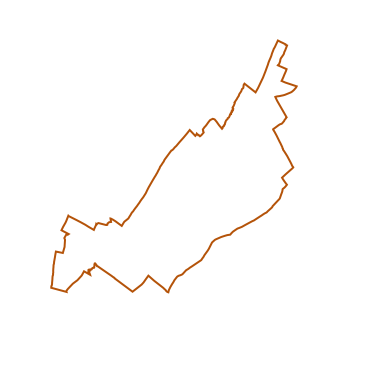 the district of Gagesti, Vaslui, Romania, rotated 48°
{"feature_id": "2599482B9369925227758", "entity_name": "Gagesti", "entity_type": "district", "adm_level": 2, "iso_a3": "ROU", "parent_name": "Romania", "parent_adm1": "Vaslui", "projection": "orthographic", "projection_center": [27.986, 46.331], "detail": "fine", "context": "isolated", "style": "outline", "palette": "amber", "viewbox_px": 384, "rotation_deg": 48, "n_neighbors": 0, "source": "geoboundaries", "source_scale": "gbopen_adm2", "svg_char_len": 5890}
<svg xmlns="http://www.w3.org/2000/svg" viewBox="0 0 384 384"><g transform="rotate(48 192 192)"><path d="M169.0,360.7L182.3,352.1L181.7,351.8L181.5,351.6L181.3,350.8L181.0,349.2L180.4,342.0L180.5,340.6L180.9,336.2L180.3,330.0L180.0,329.0L178.7,325.3L185.4,323.1L184.8,322.8L184.2,322.7L183.8,322.5L183.1,322.2L182.8,321.9L182.7,321.9L182.7,322.2L182.5,322.4L182.4,322.5L182.2,322.5L181.9,322.4L181.7,322.1L181.5,321.4L181.3,321.2L180.8,321.3L180.6,321.1L180.6,320.8L180.8,320.5L181.0,320.6L181.3,320.1L182.0,320.4L182.2,320.2L182.3,320.0L182.2,319.7L181.6,319.5L181.5,319.3L182.3,318.2L182.1,317.7L181.9,317.1L181.9,316.8L182.2,316.1L182.5,315.8L182.7,315.7L182.6,315.1L182.1,314.8L181.8,314.3L181.5,313.8L180.7,313.2L180.4,312.7L180.0,312.1L180.1,311.8L180.9,311.7L181.5,311.9L182.7,311.9L183.1,312.2L183.3,312.2L183.5,312.2L183.7,311.9L191.3,310.1L200.5,307.9L202.1,307.6L203.9,307.1L204.3,307.3L226.3,302.9L226.7,297.1L227.1,291.3L226.8,288.5L225.9,284.6L225.0,280.4L232.7,279.5L244.0,277.5L245.9,277.4L246.9,277.2L248.4,277.4L249.3,277.3L249.8,277.2L250.7,276.7L249.4,274.8L248.2,271.8L247.7,270.3L246.9,267.7L246.7,266.7L246.0,264.7L245.8,264.2L245.1,260.4L245.0,259.5L245.3,258.0L246.0,256.5L246.6,254.8L246.7,253.8L246.2,248.7L246.7,246.1L246.8,244.4L247.2,242.0L248.8,230.7L248.3,228.8L247.9,226.8L247.3,225.2L246.1,219.6L245.5,217.5L243.0,211.1L242.9,210.5L242.9,207.1L243.0,206.5L243.4,205.2L245.0,200.4L246.5,197.0L247.6,194.7L249.3,192.1L249.2,191.4L249.0,190.5L249.0,189.7L248.9,188.8L248.9,187.9L249.0,187.3L249.1,186.3L249.6,182.7L250.4,180.7L251.3,178.2L252.2,174.2L254.0,166.8L254.6,165.0L254.8,163.6L255.7,157.8L256.0,156.1L256.3,153.7L256.6,152.1L257.1,150.3L257.1,149.6L257.0,149.1L257.0,148.0L257.0,143.3L256.9,142.5L256.5,141.6L255.8,133.4L255.7,131.9L255.5,131.0L253.3,127.0L252.6,125.6L251.9,124.4L251.1,123.4L250.6,122.9L250.5,122.5L250.6,120.3L250.5,119.0L250.3,117.6L250.1,116.6L248.6,116.5L245.1,116.1L243.1,115.8L241.6,115.5L241.5,110.5L241.6,101.3L241.4,100.2L240.0,100.1L238.8,99.8L238.0,99.5L235.4,98.8L229.0,97.2L223.8,96.3L221.4,96.0L221.1,95.7L220.8,95.5L219.9,95.4L219.5,95.1L219.1,94.9L214.4,93.5L213.4,93.3L207.1,91.5L205.1,91.0L204.2,90.8L203.1,90.5L199.8,89.9L199.6,89.6L199.9,87.3L200.3,82.8L200.6,81.2L201.2,79.9L201.3,79.4L201.3,79.1L200.9,76.1L200.5,75.3L200.4,74.8L200.1,73.0L200.1,72.9L199.8,72.6L199.8,71.7L181.2,67.7L177.1,66.5L177.4,65.7L178.1,64.5L179.5,62.5L179.8,61.9L180.5,60.7L181.3,59.3L182.0,57.8L182.5,56.4L182.8,55.6L183.8,52.8L184.1,51.8L184.3,51.3L184.4,49.4L184.4,47.9L184.0,44.8L183.5,43.5L173.1,49.4L169.4,51.1L168.9,49.8L167.6,46.9L166.8,45.3L165.1,41.5L165.0,41.3L164.0,39.5L156.0,43.1L155.3,43.4L155.2,42.9L155.3,42.2L155.2,41.7L154.6,40.5L153.9,39.1L153.1,38.2L152.4,37.2L151.9,35.8L151.8,35.0L151.6,34.3L151.1,32.1L150.8,31.3L150.3,30.5L149.9,30.0L149.1,28.0L146.7,23.3L145.4,23.9L145.3,23.7L144.8,23.8L144.7,23.7L144.0,24.0L141.7,24.9L140.1,25.6L136.9,26.8L139.8,33.6L140.4,35.6L140.7,36.1L142.6,39.9L143.8,41.8L144.7,43.6L146.2,46.9L147.1,48.7L148.1,50.3L150.0,53.9L151.6,56.9L154.5,62.7L156.9,68.5L158.9,73.3L160.5,78.1L146.6,80.5L146.9,81.7L147.1,82.1L147.6,82.6L148.0,83.1L148.3,83.4L148.6,83.9L148.9,84.1L149.1,84.9L149.0,85.6L149.0,86.1L149.9,87.6L150.3,88.8L150.8,91.0L151.1,91.7L151.5,92.3L151.5,92.5L151.9,93.1L152.4,95.2L152.8,96.1L153.9,100.5L154.4,100.5L155.1,101.8L155.9,103.5L156.2,104.7L156.4,105.3L157.1,105.4L157.3,105.6L157.8,105.7L157.8,106.0L157.6,106.3L157.6,106.5L158.6,106.8L158.8,107.1L158.8,107.4L158.7,107.8L158.4,108.1L158.4,108.4L158.6,108.7L159.3,108.8L159.4,109.0L159.3,109.6L159.3,110.1L159.4,110.5L159.5,110.6L160.0,110.6L160.3,110.9L160.2,111.2L159.8,111.6L159.9,111.9L160.1,112.3L160.4,112.6L160.6,112.9L160.7,113.5L161.2,114.3L161.3,115.1L161.1,115.7L161.1,116.2L161.6,116.8L161.6,117.2L161.6,118.5L161.7,118.9L162.3,120.3L162.8,120.8L162.9,121.5L163.6,122.1L163.8,122.5L163.9,122.9L163.8,123.6L164.3,124.0L164.4,124.7L164.1,125.3L164.3,125.8L164.8,126.3L165.0,126.6L165.1,127.4L160.3,127.2L156.2,126.7L155.7,126.7L153.4,126.6L152.4,127.0L151.5,127.6L150.8,130.0L150.7,130.6L151.1,133.1L151.8,136.2L152.1,138.0L152.2,139.5L152.4,140.3L152.8,142.1L152.8,142.4L152.6,142.9L152.9,142.6L153.3,142.5L153.5,142.5L154.0,142.7L154.3,143.1L154.5,143.2L155.3,143.3L155.6,143.5L156.0,146.7L156.0,148.2L155.9,148.8L154.0,148.9L153.9,149.4L153.1,149.4L151.8,149.4L152.2,150.2L152.4,151.2L152.5,152.0L144.4,152.2L145.2,156.8L145.9,161.8L146.6,168.0L147.3,173.0L147.3,175.0L147.6,176.8L147.7,178.2L147.6,179.0L147.5,179.4L147.4,179.5L147.7,181.4L149.2,188.6L149.5,190.1L149.7,190.7L149.8,191.3L150.3,192.3L150.5,192.8L150.6,193.5L151.6,197.2L151.8,198.3L152.0,199.0L152.8,200.5L153.4,202.4L154.5,205.1L154.8,206.2L155.4,207.9L155.8,209.4L157.0,213.3L158.5,217.9L159.0,219.4L159.4,220.7L160.5,223.6L162.0,227.2L162.3,228.3L162.8,230.1L163.3,231.9L163.7,234.2L163.9,235.0L164.1,236.0L164.8,238.5L165.2,240.5L165.6,242.1L166.1,245.0L166.6,247.4L167.0,248.8L167.0,249.8L167.3,251.2L167.9,252.9L168.7,255.8L169.1,257.0L168.8,262.1L169.0,263.0L170.2,266.9L166.8,267.6L162.4,268.5L159.6,269.3L157.2,270.2L157.1,270.3L160.1,272.2L159.0,273.8L158.9,275.9L159.7,276.8L159.6,277.3L159.1,277.9L152.5,282.3L152.2,283.2L152.2,283.6L152.4,285.0L151.9,284.9L152.3,285.5L152.6,286.1L153.7,288.7L154.5,290.3L148.6,292.2L145.0,293.2L140.1,294.9L135.8,296.5L127.3,299.8L126.9,299.8L129.3,304.6L130.1,306.4L131.7,311.2L133.1,314.6L140.7,311.8L140.6,312.4L140.6,313.0L139.4,313.5L140.8,317.7L142.5,318.3L147.2,323.1L147.6,323.5L148.2,324.5L150.9,328.8L145.2,333.0L147.2,335.6L148.6,337.3L150.7,340.0L151.7,341.3L152.5,342.1L153.0,342.7L153.6,343.7L154.2,344.3L155.3,345.4L156.3,346.5L157.7,347.9L159.1,349.1L159.6,349.8L160.6,350.7L160.8,351.0L161.0,351.5L161.8,352.5L163.5,354.2L166.1,357.0L166.6,357.4L167.4,358.4L167.8,359.2L167.9,359.6L168.2,359.8L169.0,360.7Z" fill="none" stroke="#b45309" stroke-width="2"/></g></svg>